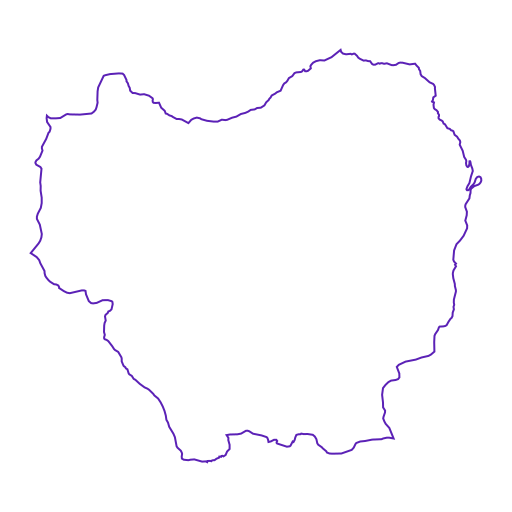 outline of Mutiscua, Norte de Santander, Colombia
{"feature_id": "7082276B67639044969087", "entity_name": "Mutiscua", "entity_type": "district", "adm_level": 2, "iso_a3": "COL", "parent_name": "Colombia", "parent_adm1": "Norte de Santander", "projection": "albers", "projection_center": [-72.759, 7.314], "detail": "fine", "context": "isolated", "style": "outline", "palette": "violet", "viewbox_px": 512, "rotation_deg": 0, "n_neighbors": 0, "source": "geoboundaries", "source_scale": "gbopen_adm2", "svg_char_len": 5952}
<svg xmlns="http://www.w3.org/2000/svg" viewBox="0 0 512 512"><path d="M467.1,228.3L467.2,225.4L465.3,220.6L466.7,215.3L466.9,211.7L465.2,207.0L465.3,205.3L465.7,204.1L469.4,198.4L469.8,195.3L470.5,193.0L470.6,190.1L471.1,188.7L474.3,186.1L478.2,184.7L479.4,183.9L480.6,182.4L481.3,180.7L481.2,178.7L480.5,177.2L479.6,176.7L479.0,176.5L477.3,177.0L475.8,178.8L474.6,182.5L473.5,184.2L470.9,186.7L469.2,189.4L468.2,190.2L467.0,190.2L466.5,189.5L466.5,188.9L467.5,186.2L469.4,183.1L471.0,176.4L472.8,171.0L472.3,168.5L470.9,164.9L470.4,161.9L470.0,161.2L469.5,161.3L469.4,163.9L468.8,166.3L467.9,167.0L467.4,166.9L466.4,165.5L466.0,163.1L466.3,161.1L466.0,159.8L464.2,157.0L462.7,150.8L459.7,144.7L460.3,142.1L459.9,140.5L458.3,138.7L457.1,136.7L454.6,134.8L453.4,131.3L452.6,130.7L451.1,130.3L449.8,128.9L447.4,128.2L445.0,124.3L443.6,123.6L442.7,121.4L441.6,120.5L439.8,119.7L438.6,118.4L438.5,117.0L439.0,116.1L439.0,114.8L437.9,113.2L438.0,112.0L436.5,110.2L434.7,109.1L433.9,108.0L433.5,104.8L434.0,102.4L433.2,102.0L432.3,101.9L432.0,101.5L432.9,100.1L433.3,97.4L435.7,95.7L434.9,88.3L435.0,87.0L434.0,84.9L433.1,83.9L429.6,82.3L424.8,78.0L421.7,76.1L420.6,74.2L420.2,71.0L419.0,69.2L418.8,67.8L416.6,65.6L415.1,63.7L409.7,64.4L402.5,62.7L400.2,62.6L398.6,63.0L396.0,64.8L393.3,65.2L391.6,65.1L386.9,63.3L384.1,63.8L382.1,63.2L381.0,63.2L379.7,63.7L378.7,63.2L377.9,63.3L375.1,64.7L373.4,64.7L372.1,64.0L370.1,61.2L368.1,61.1L365.9,60.4L363.6,60.6L359.9,58.8L358.3,57.7L357.0,55.8L354.7,53.7L353.9,53.6L351.8,54.4L350.7,53.8L346.1,54.3L343.0,53.6L341.1,51.8L340.6,49.9L331.5,57.2L329.3,58.2L324.4,60.5L319.9,60.2L315.9,61.2L313.1,62.7L311.2,64.8L310.4,66.2L310.8,68.4L307.9,70.9L306.4,71.3L305.1,71.2L304.2,69.6L303.9,69.5L303.3,69.6L302.2,71.3L300.9,72.0L296.3,72.4L294.5,73.1L292.3,76.1L288.9,78.1L287.3,80.9L286.0,82.4L284.3,83.4L283.1,85.1L280.6,90.7L276.8,92.3L275.2,93.6L271.7,95.5L270.6,97.5L269.3,98.8L268.7,100.0L266.2,102.3L264.4,105.4L260.8,107.7L257.1,108.0L254.7,109.4L250.7,109.9L248.2,111.6L245.3,112.9L240.9,114.0L236.4,116.6L232.1,117.7L227.2,119.8L225.5,120.1L221.8,119.7L217.7,121.6L213.7,121.6L207.0,120.8L201.3,119.2L200.0,118.3L196.8,117.6L193.7,118.5L191.3,119.8L188.4,123.1L181.8,119.5L179.1,119.0L176.6,119.0L172.4,116.7L171.8,116.1L169.4,115.4L167.2,113.9L165.7,113.5L164.7,110.8L161.2,107.7L159.0,102.7L155.8,103.0L153.5,102.8L152.8,102.0L152.6,100.6L152.9,99.1L152.5,98.2L149.0,95.7L144.1,94.2L140.1,94.6L135.2,93.1L132.6,93.0L130.2,90.7L129.7,87.8L128.6,85.9L127.9,83.3L126.5,81.3L126.5,80.0L124.1,75.0L122.6,73.6L118.9,73.4L110.0,74.1L105.3,75.2L103.7,75.8L98.2,87.4L97.6,91.2L97.3,99.9L97.6,102.7L96.5,107.3L95.7,109.6L93.9,111.7L91.5,113.5L80.1,114.6L69.9,114.4L67.6,114.0L66.2,114.4L60.3,118.0L56.3,118.3L50.7,118.3L48.3,117.1L46.9,115.7L46.6,118.2L47.1,122.0L50.5,127.0L50.5,128.8L49.6,131.7L48.5,132.8L46.2,138.9L41.9,146.8L41.9,148.4L42.5,150.6L40.0,156.7L38.6,158.7L36.4,160.4L35.4,162.3L35.5,163.2L36.3,164.7L40.4,167.0L41.5,168.7L40.2,182.4L40.7,185.9L40.6,190.7L41.7,197.7L41.7,203.1L40.8,207.9L37.8,213.7L36.9,216.6L36.9,218.9L39.8,224.6L41.8,234.0L41.4,237.3L40.2,240.8L38.6,243.4L30.7,253.1L36.7,257.1L39.2,260.1L40.3,263.2L44.5,271.0L44.6,273.2L45.3,275.9L46.3,277.5L48.5,280.2L50.1,281.7L54.0,284.2L56.3,284.5L58.3,285.5L59.1,287.1L59.1,288.0L63.8,291.1L67.0,292.7L69.8,293.2L81.8,290.4L84.1,290.4L85.5,290.9L86.0,294.3L88.8,301.1L91.1,303.1L93.1,303.4L96.7,302.9L102.6,300.2L107.9,300.1L111.7,301.2L112.4,301.9L112.7,304.1L111.5,309.3L110.0,310.8L108.3,311.5L107.8,312.9L105.5,314.9L105.0,316.4L105.7,320.6L104.6,323.0L104.2,325.5L104.0,332.0L104.8,334.9L104.1,337.2L104.2,338.6L104.9,339.3L106.6,339.9L108.3,341.1L112.3,346.3L114.0,349.0L115.0,350.0L118.2,351.9L121.4,357.3L121.7,358.6L121.7,361.4L123.2,365.0L123.7,366.0L125.3,367.2L125.9,368.4L127.4,369.3L128.7,373.5L129.3,374.3L131.8,375.9L133.7,378.9L135.4,379.8L139.7,383.8L144.6,387.4L147.5,388.7L149.1,389.8L153.3,393.9L154.3,395.4L158.1,398.5L160.6,402.3L162.8,406.6L164.5,410.9L165.8,415.6L166.4,419.8L168.0,422.6L169.2,426.8L173.4,433.7L174.9,437.2L176.6,446.3L177.5,447.7L180.8,450.7L181.8,452.7L182.1,453.9L181.7,456.6L181.9,458.6L183.7,459.7L188.3,460.2L190.5,459.7L194.3,459.4L202.1,461.6L205.6,461.4L207.2,462.1L207.4,461.0L210.3,460.9L211.3,461.2L211.8,460.6L213.1,460.2L214.5,460.2L216.5,458.7L219.0,457.7L219.3,456.6L221.1,456.8L221.4,456.0L222.4,455.8L223.4,456.4L225.6,455.0L227.1,451.5L229.6,449.0L229.6,444.8L228.3,440.1L228.4,437.9L226.6,435.1L229.9,434.5L237.4,434.3L241.1,433.6L245.9,430.8L247.6,430.7L249.3,431.3L253.0,433.7L261.5,435.4L266.3,437.0L267.2,437.6L268.0,439.5L268.5,442.0L270.9,441.4L274.0,439.8L276.3,439.8L277.2,441.0L276.6,442.2L276.6,442.9L277.1,443.5L286.9,446.7L289.7,446.3L290.5,445.7L292.7,441.5L293.5,442.0L294.7,439.8L295.3,437.4L296.4,434.9L298.5,434.3L300.6,434.2L301.2,433.6L303.7,434.1L307.5,434.0L312.8,434.8L314.8,436.5L316.4,439.2L317.3,443.3L318.2,444.7L321.9,447.3L322.6,448.2L326.3,451.3L326.9,452.5L329.5,453.5L332.3,453.7L341.4,453.5L351.7,449.9L353.7,447.7L355.5,444.0L356.3,443.0L360.2,441.5L365.1,441.0L372.2,439.6L381.6,439.2L383.1,438.5L386.7,437.7L389.3,437.7L393.6,438.5L389.3,427.9L385.7,423.9L384.4,421.5L383.2,418.5L383.5,416.9L385.0,412.5L385.1,410.6L383.1,407.4L383.0,402.5L382.1,394.8L383.0,388.1L385.5,384.9L388.4,382.1L391.1,380.6L395.6,380.0L398.1,379.1L399.4,377.4L399.3,373.5L396.8,366.9L398.8,364.8L405.6,361.6L415.8,359.6L421.5,357.5L428.5,355.9L430.9,354.6L434.4,351.6L434.2,342.0L434.5,335.8L435.2,334.1L438.0,330.0L438.9,327.4L439.6,326.6L443.3,326.4L445.2,326.0L446.6,325.2L448.6,321.6L450.5,318.8L451.6,317.9L452.5,316.1L452.7,312.6L453.9,309.3L453.5,306.9L454.2,304.8L453.8,302.5L453.9,299.5L455.9,291.6L455.9,290.1L454.9,286.1L454.8,283.9L453.3,278.2L452.8,274.1L452.9,272.8L453.5,270.4L456.0,266.3L455.0,264.7L456.0,263.6L454.0,261.5L453.3,259.7L454.1,250.4L456.5,244.2L459.9,240.7L463.6,235.8L467.1,228.3Z" fill="none" stroke="#5b21b6" stroke-width="2"/></svg>